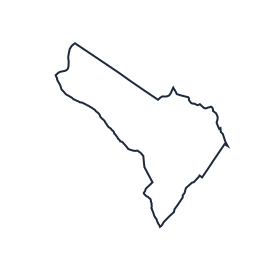 Paranavaí, Paraná, Brazil (Mercator projection), rotated 304°
{"feature_id": "56859067B4157250123449", "entity_name": "Paranavaí", "entity_type": "district", "adm_level": 2, "iso_a3": "BRA", "parent_name": "Brazil", "parent_adm1": "Paraná", "projection": "mercator", "projection_center": [-52.54, -22.874], "detail": "fine", "context": "isolated", "style": "outline", "palette": "slate", "viewbox_px": 256, "rotation_deg": 304, "n_neighbors": 0, "source": "geoboundaries", "source_scale": "gbopen_adm2", "svg_char_len": 2498}
<svg xmlns="http://www.w3.org/2000/svg" viewBox="0 0 256 256"><g transform="rotate(304 128 128)"><path d="M131.3,38.5L130.5,39.7L129.5,41.5L128.5,42.1L127.6,43.8L126.8,45.3L126.4,46.4L125.8,47.2L125.4,48.2L124.4,49.2L123.8,50.1L123.0,51.1L122.6,51.9L122.4,53.3L122.0,54.9L121.2,57.8L121.4,59.7L121.5,60.8L121.6,62.5L121.7,64.7L121.4,66.4L121.6,68.0L121.9,69.8L122.1,71.1L122.4,72.3L122.3,73.4L122.7,74.5L123.4,75.6L123.6,77.4L123.9,79.2L124.0,81.2L124.4,82.9L124.3,84.8L124.5,86.0L124.5,88.0L124.5,90.8L124.0,91.8L123.9,92.9L123.8,94.6L123.3,96.8L121.9,98.7L121.4,100.3L121.0,103.4L120.7,104.8L119.7,106.5L119.3,108.0L118.7,108.9L117.9,111.5L117.9,112.6L117.9,114.1L117.3,115.8L117.2,117.4L116.7,118.7L115.7,119.7L115.6,120.7L115.3,121.7L114.4,124.3L113.6,125.6L113.3,127.7L112.6,129.0L113.2,130.6L113.1,131.8L112.5,133.9L112.2,135.6L111.7,136.8L111.4,138.3L110.7,139.9L111.3,142.3L112.3,145.4L113.3,147.1L114.5,148.4L114.5,152.3L113.4,156.3L107.8,160.9L106.4,162.1L104.8,163.4L97.4,177.3L96.7,178.7L87.6,176.7L85.4,177.4L84.1,177.4L82.9,177.4L82.3,178.4L81.7,181.5L82.1,183.0L81.7,184.9L81.7,186.1L81.1,187.1L79.7,188.3L78.6,189.9L77.6,190.3L76.7,191.3L75.8,191.8L74.8,192.0L74.4,192.9L73.4,194.0L72.5,195.6L70.0,198.7L69.1,200.4L68.5,202.4L67.1,204.2L65.5,206.7L65.2,207.9L64.5,208.9L63.9,209.8L65.9,210.4L66.9,210.5L69.2,210.2L70.5,210.3L77.7,211.6L84.1,213.1L86.6,212.0L92.2,212.2L95.6,212.2L97.0,212.2L100.3,212.2L101.3,212.1L102.6,211.1L103.7,211.0L105.1,211.3L106.1,211.1L110.6,209.6L118.5,211.6L119.9,212.9L127.3,214.0L128.6,213.9L128.5,217.1L135.4,217.1L143.4,217.1L148.3,217.0L168.7,217.1L168.8,220.6L171.0,216.5L176.0,210.0L176.7,207.1L179.6,204.7L178.3,204.1L178.9,203.0L181.9,198.5L183.4,198.0L185.0,197.5L186.1,196.9L187.4,196.1L189.2,193.2L189.6,192.1L189.5,191.0L189.7,188.8L190.6,188.4L191.3,187.6L192.1,186.3L192.1,184.9L190.6,183.8L189.7,182.9L188.6,182.2L187.4,181.1L187.1,179.4L187.9,174.3L185.8,172.9L185.2,169.1L184.2,167.7L184.1,166.0L185.3,162.8L186.8,161.9L187.2,160.8L184.6,153.6L183.4,149.4L184.1,148.4L184.7,147.3L186.8,142.9L180.7,144.0L178.2,143.9L176.8,143.2L175.8,142.4L174.7,141.0L173.3,138.7L171.2,137.8L168.2,137.1L168.2,117.6L168.3,103.6L168.7,89.5L168.7,84.9L168.6,38.2L168.6,36.7L167.0,36.1L164.9,35.5L163.4,35.4L162.5,35.5L161.0,35.5L159.0,36.3L157.9,36.7L153.9,38.5L152.0,39.8L150.3,41.4L146.7,43.7L145.0,44.5L143.9,44.9L142.4,44.9L141.4,44.6L139.8,43.5L136.9,40.6L136.0,39.9L134.2,39.2L131.3,38.5Z" fill="none" stroke="#1e293b" stroke-width="2"/></g></svg>